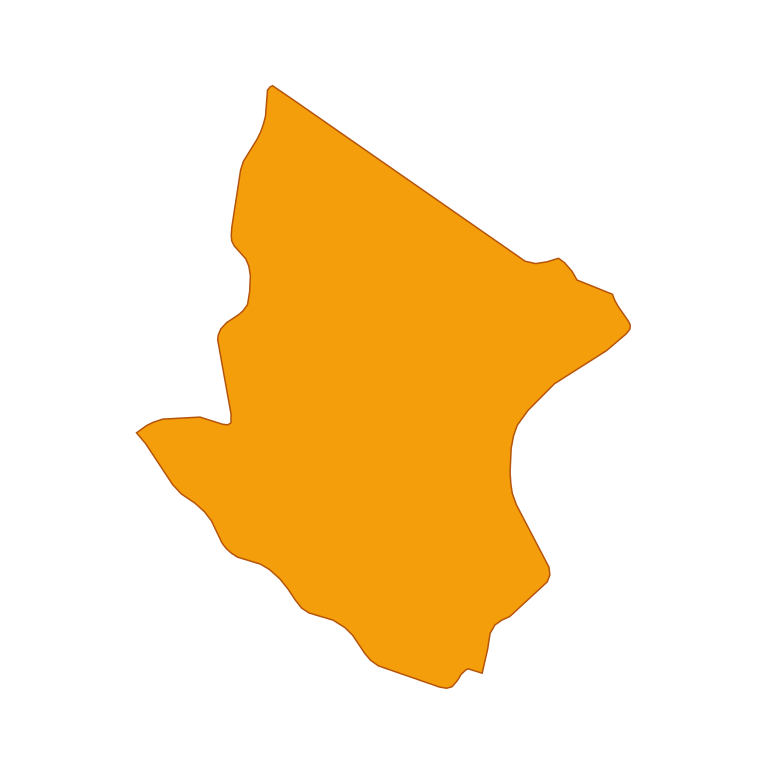 the border of Western Highlands, rotated 173°
{"feature_id": "PNG-1247", "entity_name": "Western Highlands", "entity_type": "Province", "adm_level": 1, "iso_a3": "PNG", "parent_name": "Papua New Guinea", "parent_adm1": "", "projection": "equal_earth", "projection_center": [144.47, -5.822], "detail": "fine", "context": "isolated", "style": "filled", "palette": "amber", "viewbox_px": 768, "rotation_deg": 173, "n_neighbors": 0, "source": "natural_earth", "source_scale": "10m", "svg_char_len": 1362}
<svg xmlns="http://www.w3.org/2000/svg" viewBox="0 0 768 768"><g transform="rotate(173 384 384)"><path d="M359.0,74.4L366.0,76.5L423.9,104.9L431.0,111.4L436.0,119.1L445.6,138.2L452.4,146.9L463.3,155.8L486.2,165.8L493.1,171.6L498.5,180.6L504.2,192.1L511.2,203.4L520.5,214.0L528.5,220.2L550.5,230.0L555.9,234.5L560.2,239.4L563.0,243.8L564.4,246.7L572.0,269.3L577.7,279.0L586.0,288.6L598.5,299.5L606.0,309.8L627.9,353.9L635.6,365.7L624.7,371.7L617.9,374.1L608.0,376.1L570.7,373.6L549.1,363.7L544.0,362.5L540.6,364.2L539.5,372.9L543.7,448.3L542.5,452.9L539.4,458.4L532.9,464.0L519.8,470.6L515.1,473.7L510.4,478.7L509.6,480.0L506.1,492.1L503.4,507.9L503.8,517.5L505.9,525.0L515.9,539.4L517.7,544.7L517.5,550.1L515.9,558.3L500.2,614.0L496.3,622.3L480.4,642.1L475.6,649.4L472.0,656.7L469.0,664.2L463.8,689.9L460.5,693.0L458.2,693.6L437.9,675.7L229.0,488.7L218.8,485.0L207.3,485.4L195.4,487.5L190.1,482.4L183.6,472.9L179.8,463.7L146.3,445.2L144.8,439.1L142.3,432.8L133.7,416.4L132.4,412.4L133.2,408.5L137.6,404.2L158.9,390.1L214.8,363.5L244.1,340.4L256.7,326.9L261.7,316.9L265.6,304.7L269.6,281.2L270.3,269.0L270.0,259.7L267.3,247.9L242.6,182.1L242.6,174.3L246.1,167.7L287.5,137.9L295.8,135.3L303.3,131.3L309.1,123.5L313.5,108.0L321.8,85.0L335.4,91.1L337.7,90.2L342.8,86.4L347.4,80.6L353.4,75.2L359.0,74.4Z" fill="#f59e0b" stroke="#b45309" stroke-width="1.5"/></g></svg>